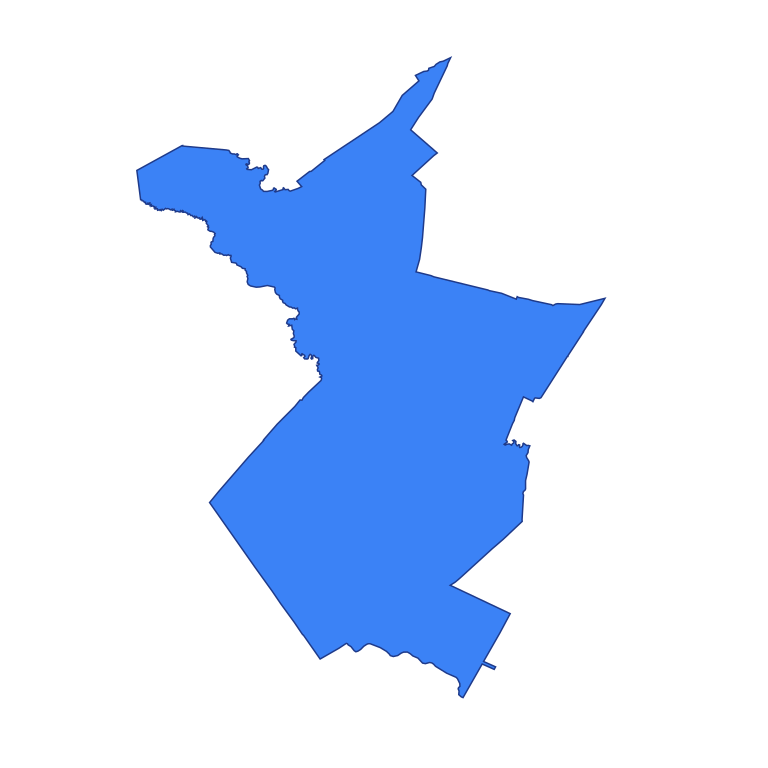 the district of Blejesti, Teleorman, Romania, rotated 355°
{"feature_id": "2599482B94014491503214", "entity_name": "Blejesti", "entity_type": "district", "adm_level": 2, "iso_a3": "ROU", "parent_name": "Romania", "parent_adm1": "Teleorman", "projection": "natural_earth1", "projection_center": [25.433, 44.298], "detail": "fine", "context": "isolated", "style": "filled", "palette": "blue", "viewbox_px": 768, "rotation_deg": 355, "n_neighbors": 0, "source": "geoboundaries", "source_scale": "gbopen_adm2", "svg_char_len": 6156}
<svg xmlns="http://www.w3.org/2000/svg" viewBox="0 0 768 768"><g transform="rotate(355 384 384)"><path d="M468.9,677.9L470.5,675.5L459.0,669.1L477.8,642.0L489.7,623.8L432.4,590.3L437.8,587.5L443.0,583.8L477.5,557.5L489.2,549.1L509.7,532.9L509.7,531.2L513.3,506.8L512.8,505.2L513.5,503.3L515.2,502.1L515.9,500.9L516.6,492.6L518.6,486.5L521.7,474.6L521.6,473.6L519.7,469.7L519.4,467.7L521.5,464.9L522.0,461.9L523.9,458.3L522.3,457.7L520.9,457.8L517.8,455.2L517.3,455.5L517.1,456.8L516.3,458.2L515.0,459.0L513.7,459.1L513.5,458.5L513.8,456.5L512.8,456.2L511.7,457.2L511.1,457.1L510.0,454.9L510.4,452.7L508.7,451.1L507.3,451.5L508.2,452.6L508.3,453.5L508.0,454.1L506.7,454.7L505.8,456.1L503.6,454.6L501.4,454.7L499.4,455.4L498.4,454.5L501.8,452.5L501.6,451.6L500.7,450.8L501.0,449.8L508.6,434.7L510.6,431.6L511.3,429.1L521.8,409.0L530.0,413.8L530.8,414.6L532.6,411.6L533.4,411.0L537.5,411.9L539.2,411.3L569.0,372.6L569.6,372.6L569.8,371.7L587.3,349.4L587.1,349.2L607.4,323.9L611.6,317.9L585.9,321.9L564.0,319.1L561.9,319.3L559.1,320.6L557.9,319.6L539.4,313.9L535.3,312.2L525.6,309.5L524.3,308.6L523.2,311.0L509.1,303.9L497.1,300.2L495.7,299.4L443.1,281.6L440.2,280.1L425.7,275.1L430.3,263.0L433.1,251.3L435.1,241.6L440.0,212.4L442.6,193.6L438.5,188.9L438.2,186.3L430.1,178.7L453.4,160.9L457.2,158.5L432.7,133.1L441.6,121.5L456.8,104.3L459.4,98.6L474.7,72.6L475.5,70.3L478.8,64.7L471.1,67.6L467.7,68.0L463.7,70.1L461.8,72.0L456.2,73.4L455.6,75.4L454.2,76.0L450.9,76.1L442.2,79.3L445.2,85.1L427.3,98.1L416.7,113.2L402.3,123.3L343.8,155.2L344.5,156.1L330.0,165.8L328.4,165.8L315.0,174.4L319.2,180.2L315.3,181.7L307.4,183.7L306.3,183.1L305.5,181.8L302.4,181.8L301.1,179.8L300.5,180.1L300.4,181.5L292.4,183.2L291.9,182.8L293.2,181.7L293.6,180.7L291.6,179.1L291.0,179.4L290.8,180.5L289.8,181.3L284.3,182.0L280.8,181.6L279.8,180.2L278.1,178.9L277.2,174.9L278.1,173.6L278.2,171.3L279.5,170.5L280.1,171.0L281.0,170.9L283.3,168.5L283.0,166.8L283.6,165.6L284.5,165.1L285.7,165.3L286.7,163.9L287.7,160.3L286.8,159.3L285.7,156.7L284.6,155.8L283.3,156.1L282.9,157.0L282.8,158.9L282.1,159.5L280.9,159.3L280.0,157.7L277.5,158.3L277.0,157.1L276.2,156.8L270.6,159.0L266.4,158.3L266.0,157.6L267.5,156.7L267.1,154.8L265.8,153.8L265.6,153.1L266.1,152.7L268.1,153.5L269.1,152.8L269.2,151.7L268.7,151.0L269.5,149.8L268.5,147.6L262.2,147.3L259.8,146.4L257.5,144.8L257.7,143.9L258.9,143.0L258.0,141.9L257.2,142.0L256.6,142.6L254.7,141.7L253.4,141.7L251.1,140.6L250.8,139.5L249.8,137.8L247.2,137.1L206.2,129.8L203.8,129.3L204.0,128.9L203.6,128.9L156.4,149.7L157.6,179.2L158.7,179.5L158.9,180.3L160.4,180.8L161.0,182.0L162.3,182.2L162.1,183.5L162.7,184.1L163.7,184.2L164.2,183.3L165.0,183.7L164.6,184.3L164.9,184.5L165.9,184.1L165.9,183.2L166.6,183.1L166.5,185.7L167.8,185.1L167.5,186.7L169.3,186.4L170.0,187.4L170.9,187.3L171.2,188.0L170.7,188.8L171.3,188.9L172.1,188.3L172.1,188.9L171.5,189.7L173.5,189.7L173.6,191.2L175.5,190.9L176.0,191.5L176.6,190.9L177.4,191.8L178.2,190.6L179.3,191.6L181.7,190.0L182.3,190.6L183.9,190.4L185.0,190.8L186.5,191.9L188.0,191.4L187.9,192.2L188.2,192.5L189.1,192.4L190.0,191.6L190.5,192.8L191.3,193.3L191.2,194.3L193.0,193.9L195.2,194.8L196.5,194.8L196.8,194.6L196.3,193.8L196.6,193.5L198.0,194.9L198.6,193.7L199.0,194.0L198.9,195.4L201.2,195.5L202.2,196.5L203.2,196.7L203.5,198.2L205.2,197.7L206.3,199.4L207.5,199.3L208.6,200.9L210.0,200.3L210.3,201.3L210.1,202.1L211.1,201.9L211.7,200.9L213.3,202.6L214.8,202.4L215.0,203.7L216.2,203.9L217.4,202.2L217.8,203.5L217.7,205.2L219.8,204.6L220.2,205.4L220.9,205.7L220.6,206.5L221.6,206.7L221.0,208.4L222.9,211.3L221.9,212.0L222.9,212.9L222.0,214.7L222.1,215.2L224.1,216.7L225.6,216.9L227.6,217.9L228.9,219.4L228.2,220.1L228.5,221.0L228.3,221.8L227.1,222.9L226.5,224.0L225.9,227.1L224.4,227.4L224.0,228.1L224.1,229.7L223.1,230.9L223.0,232.4L227.1,238.1L229.9,239.3L231.8,239.1L231.7,240.1L233.6,240.2L235.6,241.8L237.7,241.8L238.4,242.3L240.2,241.6L241.1,242.5L242.7,242.5L242.9,243.3L241.9,245.2L242.8,249.5L247.0,250.6L247.7,251.5L247.8,252.5L251.9,254.8L253.0,256.4L255.7,257.0L255.6,258.4L256.8,259.9L256.7,261.3L257.7,263.7L257.7,264.2L257.0,264.8L257.6,267.0L256.6,270.3L257.4,273.0L259.6,274.7L265.1,276.4L268.9,276.5L276.4,275.7L283.3,277.9L283.9,278.9L283.4,280.4L283.8,283.4L285.0,285.2L287.5,286.7L287.4,288.2L288.0,290.0L290.4,291.8L290.2,293.1L290.7,294.2L292.6,295.2L293.3,296.6L296.5,299.0L298.2,299.3L299.7,300.5L301.2,300.3L302.4,301.4L304.4,300.9L304.4,302.2L304.8,303.7L305.7,304.9L305.7,306.1L305.5,307.0L302.5,309.9L302.8,311.9L301.1,311.4L300.6,312.0L300.0,310.7L298.5,311.1L295.4,310.8L293.6,312.0L292.3,314.8L293.0,315.8L294.8,316.4L294.0,317.9L297.2,317.4L297.4,321.5L298.8,323.1L298.1,326.0L298.7,327.9L298.6,329.4L298.0,330.1L295.2,331.4L295.5,332.2L297.3,332.9L300.2,333.3L300.0,334.5L297.8,336.6L298.3,338.7L298.0,339.5L299.3,340.1L299.0,343.5L303.8,348.7L304.6,348.5L304.6,347.0L305.0,346.7L307.4,348.5L307.7,349.5L306.3,350.8L307.2,352.1L309.8,352.4L310.6,352.1L311.9,349.1L313.0,348.0L313.9,348.6L314.3,349.5L314.2,350.7L313.5,351.9L314.0,352.8L315.2,352.5L315.5,350.1L316.3,349.3L317.0,349.5L318.4,351.5L321.1,352.6L321.1,355.0L319.5,356.7L319.3,357.3L321.0,358.0L321.2,358.5L320.4,359.3L318.6,359.5L319.9,362.2L318.9,363.7L319.0,365.3L320.7,365.8L321.0,368.8L322.4,369.5L322.8,370.2L322.7,370.8L320.8,371.5L322.3,372.4L322.3,373.4L321.6,375.0L308.2,385.5L302.6,390.4L300.8,393.0L299.0,392.6L293.1,398.7L274.1,414.7L260.1,428.2L259.0,429.4L259.3,429.6L258.7,430.3L242.6,445.0L210.2,476.4L199.9,486.9L239.5,555.3L254.6,580.7L261.8,593.6L273.8,613.5L281.1,626.6L281.8,627.1L296.4,652.4L316.1,643.3L323.8,639.1L325.0,639.6L325.5,640.7L328.2,642.7L331.0,647.0L332.6,648.3L334.7,647.9L337.6,646.4L341.0,643.5L343.8,642.0L345.3,641.4L347.5,641.5L357.3,646.3L363.2,650.6L365.8,653.6L366.6,655.1L369.5,656.3L374.0,655.7L377.7,653.6L380.2,652.8L384.0,653.1L386.7,655.0L389.0,657.4L393.9,660.0L398.1,665.4L400.9,666.2L405.1,665.4L407.3,666.0L409.0,667.4L410.7,669.7L421.3,677.6L430.3,682.5L431.5,684.0L433.4,689.0L433.3,691.8L431.8,693.0L431.3,694.2L432.0,696.4L431.4,700.0L433.7,702.4L435.4,703.3L457.4,671.5L468.9,677.9Z" fill="#3b82f6" stroke="#1e3a8a" stroke-width="1.5"/></g></svg>